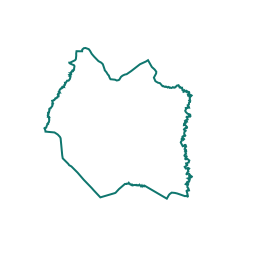 outline of Huai Thalaeng, Nakhon Ratchasima, Thailand, rotated 45°
{"feature_id": "78962969B28729751620750", "entity_name": "Huai Thalaeng", "entity_type": "district", "adm_level": 2, "iso_a3": "THA", "parent_name": "Thailand", "parent_adm1": "Nakhon Ratchasima", "projection": "orthographic", "projection_center": [102.635, 15.051], "detail": "fine", "context": "isolated", "style": "outline", "palette": "teal", "viewbox_px": 256, "rotation_deg": 45, "n_neighbors": 0, "source": "geoboundaries", "source_scale": "gbopen_adm2", "svg_char_len": 5802}
<svg xmlns="http://www.w3.org/2000/svg" viewBox="0 0 256 256"><g transform="rotate(45 128 128)"><path d="M72.2,188.9L79.2,183.1L82.9,182.3L86.1,182.4L87.6,182.9L100.9,193.9L103.3,195.6L111.1,195.6L112.7,195.9L115.1,195.2L123.9,195.2L133.3,195.9L144.9,196.1L147.8,196.3L157.5,196.6L164.8,183.2L165.0,182.4L164.8,177.6L165.4,169.7L166.5,168.7L166.5,168.2L167.4,167.4L167.3,166.4L167.8,166.6L168.1,166.3L168.4,166.5L169.0,166.2L169.6,166.3L170.4,165.5L170.6,165.5L170.7,165.9L171.0,165.8L171.0,165.3L171.5,165.4L171.6,165.0L172.1,165.0L172.6,163.9L173.2,163.5L173.8,162.7L174.2,162.7L174.5,162.0L174.9,161.9L175.2,162.0L175.5,161.6L175.9,161.1L176.1,160.3L176.5,160.6L176.9,160.0L177.5,159.8L178.3,160.0L178.3,159.5L178.7,159.3L178.6,158.9L179.2,159.1L179.1,158.7L179.6,158.4L179.7,158.0L180.6,157.9L180.6,157.5L180.2,157.4L180.3,157.1L205.4,150.5L204.3,146.5L204.2,145.2L204.6,142.8L207.0,140.8L209.1,139.5L216.5,135.9L217.5,134.4L218.5,134.5L218.7,134.0L217.7,133.2L217.2,133.2L216.7,132.6L213.9,131.1L213.9,130.6L214.6,130.0L214.5,129.6L214.2,129.5L214.1,129.2L215.2,129.2L215.3,129.0L213.4,128.0L211.9,127.9L211.1,127.1L210.2,125.0L209.7,125.0L209.5,125.3L209.5,125.7L210.0,126.1L209.9,126.5L208.5,126.9L208.5,125.7L208.0,124.2L208.4,123.5L209.1,123.1L209.1,122.7L208.6,121.7L207.5,121.5L207.5,121.2L208.0,120.7L207.8,120.3L207.5,120.3L207.1,120.8L206.1,121.1L206.7,120.0L206.7,119.7L205.6,119.0L207.5,118.2L207.7,117.9L207.5,117.2L205.8,117.5L203.6,117.2L202.8,117.9L202.2,119.2L201.9,119.2L201.3,117.0L201.4,116.0L199.3,114.9L200.0,114.0L199.9,113.4L198.8,113.7L197.5,115.8L195.6,115.4L196.2,112.4L195.9,112.1L194.6,112.3L194.1,112.0L194.7,111.1L194.8,110.3L195.3,109.5L194.3,107.6L193.3,107.8L191.8,107.8L191.4,108.0L191.2,109.0L190.8,109.4L190.4,109.4L190.0,108.9L189.7,106.7L189.3,106.6L189.1,107.4L188.9,107.6L188.0,107.8L187.3,107.5L187.0,106.1L187.3,105.2L185.5,104.4L185.8,103.5L184.8,102.7L184.6,102.6L184.2,103.2L183.9,102.5L182.9,102.8L182.1,101.2L182.3,100.1L180.8,99.3L180.5,99.4L180.0,100.0L180.1,101.3L179.6,102.2L175.5,100.9L175.2,100.3L175.2,99.4L174.6,98.5L173.7,97.9L173.6,97.4L174.0,97.1L175.5,97.2L175.5,96.2L173.0,96.0L172.6,95.6L172.9,94.1L173.9,93.5L173.9,92.9L172.0,92.5L171.5,92.0L170.7,90.9L170.8,89.3L170.6,89.0L169.2,89.6L168.6,89.5L168.5,89.1L168.6,87.4L169.5,86.5L169.5,86.0L169.1,85.6L166.2,85.4L165.5,86.4L164.6,85.3L164.6,84.9L165.0,84.4L165.2,83.4L164.9,83.2L164.4,83.8L164.1,83.4L164.4,82.6L165.1,81.8L164.6,81.6L164.2,82.2L163.3,82.4L163.3,82.1L164.1,79.8L163.4,79.5L162.9,79.0L161.7,78.9L161.6,78.6L161.8,78.1L162.7,77.6L163.0,76.8L162.6,76.4L162.7,76.1L163.1,75.7L163.8,75.9L163.8,75.5L162.5,74.6L162.0,74.8L162.2,75.3L162.0,75.5L161.0,75.2L160.1,75.8L157.5,75.8L156.3,75.4L155.5,73.2L155.0,73.2L154.7,73.0L155.1,72.3L155.9,71.9L156.1,71.1L156.8,70.4L156.0,70.0L155.3,70.4L154.1,69.7L154.5,68.7L154.4,68.2L153.4,67.3L153.1,66.4L153.4,65.8L153.0,65.5L152.9,65.0L151.8,65.2L151.7,64.1L150.8,63.5L150.5,62.8L149.2,62.4L150.1,61.0L150.0,60.0L149.2,60.2L149.0,61.3L148.5,61.6L148.2,61.6L148.3,60.6L147.8,60.6L147.1,62.0L147.7,62.2L147.6,62.5L146.6,62.0L146.5,60.1L146.2,59.6L145.8,59.4L144.7,60.0L144.2,61.1L143.9,61.1L143.2,60.3L142.9,60.4L142.6,61.7L142.1,61.9L142.0,62.2L141.8,61.9L141.5,62.1L141.3,61.9L141.2,62.6L141.0,62.4L140.9,62.7L140.4,62.6L140.3,62.2L139.5,62.6L138.9,61.9L138.1,61.9L137.8,61.5L137.5,62.0L136.6,62.1L136.4,62.6L135.8,62.5L135.9,62.1L135.4,62.2L135.6,62.4L135.5,62.6L135.2,62.4L134.7,62.5L133.7,62.0L133.4,62.1L133.4,62.4L132.7,63.1L132.6,63.5L132.8,64.4L132.4,65.2L132.7,65.8L132.2,66.8L131.0,67.3L131.1,67.6L130.8,67.8L130.4,69.0L129.5,69.5L129.2,70.0L128.6,69.8L128.1,70.4L127.6,70.4L127.4,71.3L126.2,71.5L126.0,71.9L125.4,72.0L125.2,72.7L124.5,73.1L123.4,73.3L123.2,73.8L122.8,74.0L118.9,73.7L117.1,74.8L114.3,75.5L110.7,74.1L109.3,69.5L108.2,68.2L105.5,67.8L101.7,68.0L94.2,65.9L93.7,68.2L91.4,74.4L90.0,85.5L89.0,90.9L87.9,92.6L87.1,94.9L86.9,96.9L87.7,100.0L87.2,101.3L86.4,102.4L84.7,103.0L81.1,105.9L79.3,105.4L77.2,104.4L76.1,104.5L73.3,103.8L70.7,103.6L70.4,103.3L65.1,100.7L62.9,100.7L59.8,101.6L53.4,101.5L49.8,101.2L46.7,100.3L44.5,100.0L41.3,101.5L40.3,102.9L40.2,104.9L41.3,106.2L37.3,110.1L38.7,112.0L40.2,113.4L42.3,116.0L42.6,117.0L42.6,117.6L41.1,122.0L41.3,122.2L40.3,123.3L40.6,123.5L41.4,123.4L45.5,121.8L46.4,122.1L47.8,124.0L48.4,125.2L48.7,125.2L48.7,125.6L48.2,125.9L48.0,126.6L48.9,127.0L48.7,127.5L48.3,127.3L48.3,129.0L48.7,129.5L48.5,129.8L48.9,129.7L49.0,129.9L49.5,130.0L49.4,130.3L49.7,130.5L49.5,130.9L49.8,131.0L49.7,131.3L49.4,131.6L49.8,131.6L49.8,132.6L50.9,132.3L51.1,132.8L51.4,132.9L52.3,134.6L52.5,136.6L51.5,137.6L51.9,139.4L51.7,140.2L51.9,140.5L51.6,140.7L52.0,141.0L52.3,140.8L52.7,141.9L52.6,142.5L53.0,142.6L53.0,143.2L53.4,143.9L53.1,144.3L53.5,144.4L52.8,144.9L52.9,145.4L53.3,145.5L53.1,146.6L52.8,146.5L53.0,147.1L52.6,147.5L52.7,149.0L53.0,150.0L54.0,150.8L53.8,151.1L54.6,151.2L54.3,151.5L54.7,152.4L54.4,152.5L54.3,152.9L54.6,153.9L55.3,153.9L55.6,154.3L55.9,154.1L56.2,154.5L56.1,154.8L56.4,154.9L56.1,155.4L56.1,156.1L56.5,156.4L56.4,156.7L56.1,157.9L55.9,158.0L56.0,158.4L55.7,158.6L56.1,160.0L56.0,160.7L55.6,161.0L55.7,161.8L55.2,162.4L57.0,163.4L57.0,164.1L57.5,164.4L57.9,164.2L58.1,165.2L58.4,165.2L58.6,165.4L59.0,166.2L59.1,168.1L59.4,168.8L59.1,169.4L58.8,169.6L58.8,170.1L59.5,170.9L59.9,170.9L60.4,171.7L60.4,172.0L61.0,172.7L60.8,173.2L61.1,173.2L61.4,173.6L61.2,173.9L61.7,174.2L61.5,174.5L62.0,174.9L62.2,175.7L62.6,176.0L63.1,176.0L63.5,176.8L63.9,176.6L64.2,175.9L64.6,176.0L64.8,176.4L65.2,176.4L65.2,176.9L65.8,177.5L66.6,177.9L67.5,179.2L68.0,180.0L68.1,180.7L67.9,180.8L68.1,181.5L68.5,181.7L68.3,182.0L68.6,182.1L68.7,183.3L69.9,185.6L69.2,186.5L69.1,187.2L69.8,187.3L70.1,187.7L71.4,188.2L72.2,188.9Z" fill="none" stroke="#0f766e" stroke-width="2"/></g></svg>